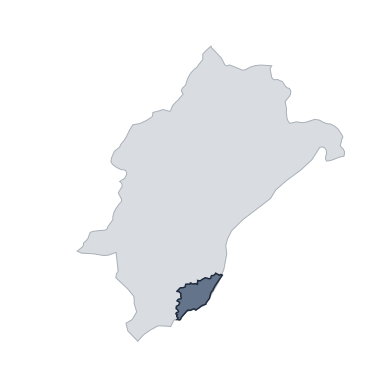 location of Silistra within Bulgaria, rotated 132°
{"feature_id": "BGR-2261", "entity_name": "Silistra", "entity_type": "Province", "adm_level": 1, "iso_a3": "BGR", "parent_name": "Bulgaria", "parent_adm1": "", "projection": "natural_earth1", "projection_center": [27.051, 43.921], "detail": "fine", "context": "in_parent", "style": "filled", "palette": "slate", "viewbox_px": 384, "rotation_deg": 132, "n_neighbors": 0, "source": "natural_earth", "source_scale": "10m", "svg_char_len": 3427}
<svg xmlns="http://www.w3.org/2000/svg" viewBox="0 0 384 384"><g transform="rotate(132 192 192)"><path d="M312.8,237.8L306.4,236.7L304.2,237.0L302.7,238.5L299.8,238.2L296.1,238.2L292.2,239.9L290.1,240.6L287.3,239.1L282.0,234.4L278.7,231.2L276.3,230.4L273.9,231.3L265.3,232.4L263.3,234.3L259.3,236.4L255.3,237.4L249.6,238.1L246.6,238.0L244.9,239.0L243.5,242.1L242.5,245.1L241.7,246.3L234.5,247.7L232.9,249.5L232.5,251.1L232.6,252.8L226.9,251.2L222.5,252.3L221.5,253.5L220.5,255.4L221.0,257.4L222.7,259.3L224.2,264.4L224.7,269.6L223.8,272.5L220.5,274.6L213.7,276.9L207.1,275.8L204.2,276.8L199.3,277.0L194.9,277.7L188.0,279.8L181.7,281.0L176.2,276.7L169.6,273.8L162.6,272.0L160.2,273.3L159.1,274.3L153.3,270.5L150.7,269.1L149.5,267.7L147.1,262.6L145.7,262.4L140.8,264.3L136.2,264.2L133.4,263.9L125.2,264.1L124.0,267.6L123.0,268.1L121.2,268.6L116.8,268.3L111.2,270.9L105.1,272.5L100.4,272.5L95.5,271.8L92.6,272.3L86.3,272.6L82.3,276.3L76.1,276.1L70.9,275.5L71.6,274.3L72.9,259.4L75.5,252.8L75.4,251.4L74.9,250.4L72.6,249.3L71.1,245.7L67.8,236.3L65.9,234.4L60.5,232.4L55.9,229.7L51.9,226.1L44.8,217.2L48.5,216.3L49.6,214.5L53.4,209.7L53.9,207.3L53.5,205.9L51.1,203.6L49.5,198.5L50.8,193.7L51.0,191.2L49.8,188.8L51.1,185.8L53.8,184.1L55.5,183.6L62.5,183.3L67.0,177.3L69.7,175.3L72.5,171.9L73.8,170.6L75.0,168.0L75.5,165.2L70.0,161.4L68.2,158.6L65.8,155.4L62.5,153.2L55.9,149.4L53.4,145.6L52.3,140.7L50.6,136.9L48.7,134.5L48.3,132.5L47.6,130.0L47.5,125.2L49.2,118.9L50.2,116.6L52.5,116.0L58.6,112.6L58.9,108.3L60.0,105.6L62.0,104.0L63.8,103.0L67.0,105.5L74.9,109.5L78.8,112.4L78.5,114.3L76.7,116.1L73.2,117.8L71.1,120.2L70.5,123.1L71.0,125.1L73.4,126.9L87.8,124.5L102.3,125.8L121.8,129.7L134.7,131.1L144.3,129.3L162.0,132.6L178.4,135.7L194.3,136.6L203.1,134.2L209.4,130.9L214.8,124.7L228.1,116.6L240.9,112.1L257.7,108.4L268.9,107.2L270.5,108.4L284.7,115.9L291.1,115.9L296.3,117.2L298.1,119.2L299.4,119.7L306.3,117.8L309.3,121.9L314.1,127.6L322.1,130.5L329.3,132.2L331.6,132.5L339.2,132.4L338.2,146.6L333.7,153.3L326.8,151.1L318.1,152.9L313.5,160.5L310.9,162.7L308.5,165.4L307.0,175.2L306.7,191.3L303.4,193.3L300.3,193.9L287.7,208.0L295.0,212.0L298.3,215.1L303.6,223.5L311.3,233.1L312.8,237.8Z" fill="#d9dde1" stroke="#a8b0b8" stroke-width="1"/><path d="M266.1,106.6L269.5,108.5L274.4,109.4L275.4,109.9L276.6,109.8L277.4,110.4L277.2,111.8L278.2,112.8L280.8,113.9L281.4,114.4L282.3,115.8L282.8,116.2L291.7,116.1L294.5,115.3L295.6,115.7L296.5,117.5L296.8,117.8L295.5,117.8L294.7,118.5L294.9,119.8L294.0,120.7L293.2,120.7L293.4,121.4L293.3,122.5L291.9,122.8L290.9,121.9L289.7,122.2L289.1,124.0L289.3,125.8L287.4,127.1L285.0,126.3L283.5,126.6L282.3,127.4L282.9,130.3L280.9,130.4L278.7,128.8L277.8,129.2L277.2,130.4L274.9,132.3L274.8,135.0L275.9,136.6L275.1,136.9L274.2,136.7L271.1,136.6L269.2,134.7L267.3,133.6L264.8,134.9L263.5,133.9L262.3,132.3L261.6,131.9L260.7,132.4L260.3,131.7L260.3,130.4L259.6,129.8L259.1,129.1L258.2,128.6L257.5,127.5L257.2,126.3L256.5,126.4L255.8,127.4L255.0,127.7L254.3,127.8L253.9,128.5L253.2,127.4L252.4,126.3L250.8,126.1L246.9,124.8L245.8,122.9L245.4,121.9L244.6,120.8L243.5,120.3L242.3,121.2L241.0,121.5L239.7,120.2L238.2,119.8L236.5,120.1L235.9,117.7L235.6,115.9L234.3,115.7L233.6,114.4L233.5,113.8L237.4,113.3L246.7,112.0L248.3,111.5L249.3,111.4L249.7,111.3L250.6,110.8L251.2,110.7L253.3,110.7L255.0,110.2L259.4,107.8L264.9,107.3L266.1,106.6Z" fill="#64748b" stroke="#1e293b" stroke-width="1.5"/></g></svg>